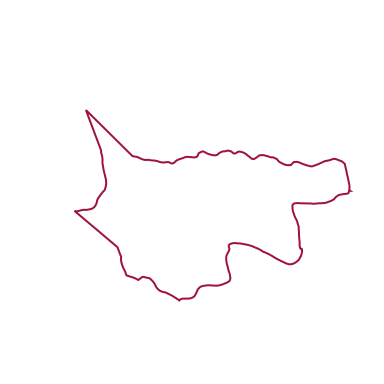 outline of Anbre, Micoud, Saint Lucia, rotated 302°
{"feature_id": "8701671B63359836488901", "entity_name": "Anbre", "entity_type": "district", "adm_level": 2, "iso_a3": "LCA", "parent_name": "Saint Lucia", "parent_adm1": "Micoud", "projection": "equal_earth", "projection_center": [-60.927, 13.828], "detail": "fine", "context": "isolated", "style": "outline", "palette": "rose", "viewbox_px": 384, "rotation_deg": 302, "n_neighbors": 0, "source": "geoboundaries", "source_scale": "gbopen_adm2", "svg_char_len": 5585}
<svg xmlns="http://www.w3.org/2000/svg" viewBox="0 0 384 384"><g transform="rotate(302 192 192)"><path d="M195.4,318.3L198.0,317.6L199.6,317.0L200.6,316.5L201.6,315.7L201.8,315.4L201.9,315.1L201.5,314.9L201.5,313.8L202.0,313.2L203.3,311.8L206.2,310.1L210.3,306.9L219.3,300.7L221.0,298.6L223.0,296.5L223.9,295.1L225.1,293.0L226.4,291.2L226.5,291.1L227.6,289.7L229.0,288.0L230.3,286.8L231.6,285.8L232.6,285.1L233.4,284.5L234.4,284.2L235.1,284.3L236.1,284.5L237.0,285.4L237.7,286.2L238.8,287.8L240.1,290.3L241.5,292.6L242.5,294.3L243.6,296.1L245.2,298.8L246.1,300.7L247.1,302.3L248.6,304.2L249.7,305.6L250.2,306.5L251.0,307.6L251.3,308.0L252.2,309.3L253.1,310.4L254.0,311.4L255.0,312.2L256.3,313.2L257.8,314.4L258.8,315.1L260.2,315.8L261.1,316.2L262.2,316.4L262.9,316.5L264.0,316.7L264.8,317.0L266.1,317.5L267.2,318.1L268.0,318.8L269.0,319.9L270.0,321.0L270.9,322.1L271.8,323.3L272.5,324.0L273.3,324.9L273.9,325.2L274.4,325.2L275.3,324.9L276.5,324.5L276.9,325.4L277.0,324.7L277.1,324.3L278.2,323.7L279.3,323.1L279.7,322.9L280.7,322.3L281.6,321.5L286.1,317.2L288.6,314.7L291.3,312.1L294.1,309.3L296.8,306.7L297.4,302.9L296.2,296.8L295.4,294.8L291.1,291.1L288.7,288.4L282.2,284.1L277.6,280.5L276.7,279.2L275.3,274.8L274.4,270.7L274.0,267.6L273.1,264.9L271.4,262.5L267.1,261.5L265.2,258.4L264.3,256.0L263.8,250.6L264.1,248.6L264.9,246.6L264.4,242.5L263.3,240.8L262.5,237.7L262.1,236.3L261.5,234.1L261.3,233.7L260.9,232.7L260.4,231.9L259.8,231.0L259.3,230.3L258.5,229.6L257.5,229.2L256.0,228.7L254.1,227.8L253.3,227.4L252.7,226.9L252.3,226.4L252.0,225.5L251.9,224.4L252.2,222.8L252.3,221.8L252.4,220.1L252.8,218.0L252.8,216.9L252.7,215.6L252.6,214.5L252.4,213.5L251.8,211.7L251.6,211.2L251.2,210.5L250.6,209.9L250.0,209.4L248.9,209.0L248.1,208.6L247.3,207.9L246.9,207.1L246.8,206.2L247.0,205.0L247.1,204.4L247.1,203.4L246.7,201.9L246.4,201.0L246.0,200.4L245.4,199.6L245.0,199.3L244.4,198.9L243.8,198.1L243.2,197.2L242.8,196.8L242.3,196.2L241.9,195.9L240.9,195.3L239.7,194.7L238.9,194.3L237.8,193.9L237.0,193.8L236.1,193.0L235.7,192.6L235.0,191.5L234.3,190.3L234.0,189.4L233.7,188.3L233.5,187.8L233.1,186.3L232.8,184.9L232.6,183.6L232.6,181.9L232.5,180.9L232.3,180.1L232.1,179.6L231.8,179.2L231.2,178.8L229.8,177.9L228.4,177.1L227.7,177.2L226.9,177.4L225.5,177.5L224.8,177.6L224.3,177.3L223.6,176.8L223.0,176.3L222.7,175.8L222.1,174.8L221.4,173.3L220.8,172.3L220.2,171.2L219.7,170.1L219.0,168.9L218.5,168.2L217.7,167.6L217.0,167.1L215.8,166.2L215.0,165.5L213.8,164.5L212.8,163.7L211.6,162.8L210.8,162.4L209.9,162.0L208.9,161.7L208.0,161.5L207.0,161.1L206.2,160.6L205.6,160.1L205.4,159.5L205.2,158.7L205.2,158.1L205.1,156.9L204.7,155.8L204.2,155.1L203.9,154.7L203.3,154.0L202.7,153.2L201.9,152.2L201.6,151.6L200.9,150.3L200.4,148.7L200.1,147.4L199.8,146.3L199.3,144.7L198.9,143.7L198.4,142.9L197.8,141.7L197.0,140.1L196.6,139.1L195.9,137.5L195.3,136.7L194.4,135.4L193.8,133.9L193.5,132.7L193.3,131.8L193.1,130.2L193.0,129.0L192.5,126.4L192.2,125.8L191.8,124.9L191.5,124.1L190.9,122.5L205.3,58.6L179.0,93.0L177.8,93.6L176.5,94.9L175.4,96.2L174.7,96.8L172.9,98.4L169.0,100.8L163.5,105.7L159.8,109.5L156.7,112.7L155.5,113.5L153.7,114.8L150.4,116.2L147.2,116.9L144.0,116.2L136.9,115.7L135.0,115.9L132.0,117.0L129.1,117.3L127.5,117.1L125.0,116.2L123.4,114.7L121.0,112.1L119.7,109.8L117.7,107.6L116.5,106.5L115.0,105.1L113.9,103.4L113.7,102.3L105.7,158.1L102.0,162.8L99.9,165.7L99.3,166.4L97.2,167.4L94.5,169.8L91.7,173.2L88.6,178.2L87.2,179.5L86.6,180.8L87.2,183.3L88.3,187.4L88.7,189.6L88.9,192.8L88.9,193.1L90.7,193.7L91.9,194.3L92.3,194.4L92.8,194.6L93.6,194.9L93.9,195.2L94.3,195.8L94.6,196.6L94.9,197.7L95.2,198.5L95.7,200.0L96.0,200.6L96.2,201.3L96.3,202.0L96.2,202.6L96.1,203.6L95.8,204.6L95.7,205.4L95.3,206.6L94.9,207.6L94.4,208.8L93.6,210.1L93.0,211.1L92.5,212.0L92.2,212.6L91.8,213.8L91.5,215.1L91.3,216.0L91.3,216.7L91.3,217.7L91.5,219.0L91.9,220.3L92.3,221.5L92.6,222.3L93.0,224.0L93.0,224.9L93.2,226.3L93.3,227.8L93.4,228.8L93.5,229.7L93.5,231.3L93.5,233.2L93.5,234.5L93.4,236.1L93.5,236.6L93.5,237.3L93.3,238.6L93.5,238.6L94.7,239.1L95.5,239.6L96.7,240.7L97.5,241.9L97.8,242.4L98.4,243.4L99.0,244.3L99.4,245.0L99.8,245.6L100.1,246.0L100.7,246.7L101.2,247.2L102.1,247.9L103.0,248.5L104.3,249.1L105.4,249.3L106.4,249.3L108.5,249.1L110.5,248.9L111.4,248.7L112.3,248.6L112.8,248.6L114.3,248.9L114.9,249.0L115.2,249.1L115.8,249.3L117.4,250.4L118.2,251.2L119.0,252.1L120.1,253.4L121.2,254.7L122.1,256.2L122.8,257.5L123.8,259.3L124.0,259.7L125.2,261.9L126.3,263.5L127.1,264.3L128.7,265.9L130.0,267.0L131.5,268.1L133.0,269.1L133.8,269.7L134.8,270.3L135.6,270.6L135.9,270.8L136.6,270.9L137.6,270.8L138.5,270.5L139.7,270.0L140.3,269.3L141.2,268.5L142.6,267.3L143.7,266.0L145.0,264.3L146.6,262.9L147.8,261.5L148.3,260.9L150.1,259.1L151.9,257.5L153.2,256.6L154.7,255.7L155.8,255.1L156.8,254.9L158.3,254.7L159.3,254.7L161.2,254.5L163.3,254.1L163.9,253.5L165.2,252.1L166.0,251.6L167.0,251.5L167.7,251.7L168.8,252.4L169.9,253.5L171.2,255.0L172.8,258.3L173.6,259.5L174.5,261.6L175.1,263.2L176.1,265.7L176.5,266.6L177.1,268.7L177.5,269.9L178.1,272.7L178.2,273.6L178.4,275.0L178.6,275.9L179.0,278.7L179.1,280.4L179.2,281.7L179.0,283.8L179.1,284.3L179.3,285.1L179.5,286.3L179.8,288.3L179.9,289.5L180.1,291.0L180.1,292.0L180.2,294.1L180.2,295.4L180.2,296.8L180.2,298.1L180.3,299.9L180.4,301.0L180.6,302.5L180.6,303.0L180.8,305.1L180.9,306.4L181.2,308.3L181.3,309.4L181.7,311.1L182.2,312.7L182.7,313.6L183.5,314.5L184.2,315.3L185.0,316.0L185.8,316.4L186.6,316.9L186.9,317.1L187.6,317.4L189.0,317.9L191.4,318.6L192.2,318.5L193.8,318.3L195.4,318.3Z" fill="none" stroke="#9f1239" stroke-width="2"/></g></svg>